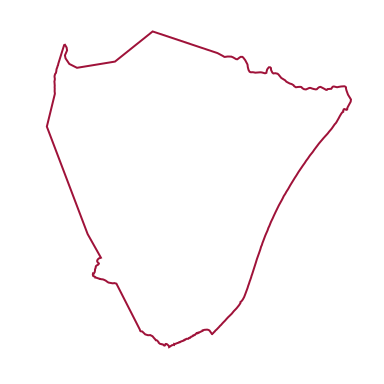 Santa María Colotepec, Oaxaca, Mexico (Albers equal-area conic projection), rotated 275°
{"feature_id": "50627088B92566493153794", "entity_name": "Santa María Colotepec", "entity_type": "district", "adm_level": 2, "iso_a3": "MEX", "parent_name": "Mexico", "parent_adm1": "Oaxaca", "projection": "albers", "projection_center": [-96.986, 15.853], "detail": "fine", "context": "isolated", "style": "outline", "palette": "rose", "viewbox_px": 384, "rotation_deg": 275, "n_neighbors": 0, "source": "geoboundaries", "source_scale": "gbopen_adm2", "svg_char_len": 5623}
<svg xmlns="http://www.w3.org/2000/svg" viewBox="0 0 384 384"><g transform="rotate(275 192 192)"><path d="M348.5,138.8L315.2,103.9L305.7,66.6L308.9,58.6L314.1,54.4L317.0,53.5L322.2,55.2L325.0,54.5L327.6,52.6L327.2,51.8L308.0,47.6L306.6,47.5L306.3,47.3L305.7,47.1L305.0,47.0L304.1,46.8L302.8,46.4L301.9,46.3L300.5,46.3L299.1,46.1L298.4,45.9L298.1,45.6L297.4,45.3L295.8,45.0L294.9,45.0L294.0,45.2L293.3,45.4L292.5,45.5L291.6,45.5L290.8,45.4L289.9,45.3L289.1,45.5L287.8,45.7L285.8,46.0L284.4,46.0L283.4,46.2L281.8,46.3L280.2,46.4L278.3,46.8L277.6,46.8L244.5,41.7L141.0,91.7L118.6,107.0L118.1,106.0L118.0,105.5L117.8,105.1L117.1,104.4L116.6,104.1L116.2,103.8L115.6,103.6L115.0,103.5L114.4,103.7L113.8,104.2L113.2,104.7L112.8,105.4L112.5,105.5L112.2,105.3L111.8,105.1L111.4,104.8L110.9,104.0L110.1,103.0L109.6,102.8L109.1,102.6L108.7,102.6L108.1,102.7L107.6,102.4L106.1,102.1L105.8,102.2L105.3,102.2L103.6,102.0L103.3,101.8L102.1,101.3L102.3,100.5L101.6,100.4L101.0,100.4L99.8,100.8L99.5,101.3L99.5,101.7L99.0,102.8L98.3,103.1L98.4,103.7L98.3,104.1L98.1,104.8L97.8,106.2L97.6,106.7L97.6,107.3L97.3,107.7L97.4,108.5L97.2,109.0L97.2,110.8L96.9,111.9L96.3,113.5L96.0,114.1L95.6,114.7L95.0,115.7L94.5,116.7L94.1,121.1L94.5,122.6L94.1,124.7L50.6,151.9L49.2,152.5L48.8,153.0L48.7,154.6L46.1,157.8L45.5,160.6L45.8,163.1L45.6,163.4L44.9,165.2L43.2,166.9L42.8,167.3L42.3,167.9L41.9,168.3L41.7,168.5L41.2,168.8L41.3,169.2L41.3,169.4L41.2,169.7L41.0,170.1L40.9,170.3L40.2,171.1L39.8,171.4L39.6,171.7L39.4,171.8L39.2,171.9L38.9,172.0L38.2,173.0L37.9,173.6L37.8,174.9L37.6,175.3L37.7,176.1L37.6,176.3L37.2,176.8L37.0,177.0L36.6,177.7L36.6,178.0L36.8,178.4L37.2,178.5L37.5,178.6L37.9,178.7L38.1,178.8L38.1,179.0L38.3,179.1L38.4,179.3L38.4,179.5L38.3,179.9L38.1,180.1L38.1,180.5L36.7,182.3L35.5,182.7L35.8,183.1L36.0,183.2L36.0,183.4L36.8,184.3L37.2,184.9L37.6,185.4L37.7,185.5L37.8,186.2L37.8,186.3L38.1,186.7L38.4,187.1L38.5,187.3L38.4,187.5L38.5,187.5L38.8,187.5L38.7,187.7L38.8,187.8L39.1,188.0L39.1,188.3L39.3,188.5L39.4,188.9L39.5,189.1L39.6,189.4L39.7,189.6L39.8,189.7L40.1,190.3L40.3,190.6L40.3,190.9L40.4,191.1L40.6,191.4L40.7,191.7L41.0,191.9L41.1,192.1L41.3,192.6L41.5,192.8L41.5,193.0L41.4,193.1L41.5,193.2L41.7,193.7L41.9,193.8L42.2,194.1L42.6,195.1L42.7,195.4L42.7,195.6L42.9,196.0L43.1,196.2L43.4,196.4L43.6,196.8L43.5,197.0L43.9,197.5L44.0,197.7L44.1,197.8L44.3,197.7L44.4,197.9L44.2,197.9L44.3,198.3L44.8,198.6L45.0,199.0L45.3,199.4L45.4,200.4L45.4,200.7L45.5,201.2L46.2,201.5L46.3,202.0L46.5,202.2L46.7,202.4L46.7,202.5L46.9,202.8L46.8,203.0L47.1,203.2L47.3,203.4L47.4,203.5L47.7,203.7L47.7,203.9L47.8,204.0L48.0,204.3L48.1,204.5L48.3,205.0L48.5,205.2L48.7,205.4L48.9,205.4L48.9,205.6L49.0,205.8L49.0,206.0L49.4,206.4L49.5,206.4L49.7,206.5L49.7,206.9L49.8,207.1L49.9,207.4L50.4,207.6L50.6,207.8L51.4,208.6L51.4,209.0L51.7,209.1L51.9,209.1L51.9,209.4L51.8,209.6L51.8,209.9L51.9,210.2L52.1,210.2L52.1,210.4L52.4,210.5L52.6,210.6L52.7,210.9L52.6,211.4L53.0,211.8L53.5,212.8L53.8,213.2L53.9,213.3L54.0,213.4L54.1,213.7L54.4,214.3L54.5,214.6L55.1,214.6L55.8,216.5L55.9,217.3L56.0,217.6L56.2,218.9L56.2,219.4L56.1,220.1L55.6,221.4L54.6,222.3L54.1,222.7L53.4,223.3L52.2,224.3L52.2,224.5L52.9,224.9L53.2,225.4L53.8,225.7L54.5,226.3L55.1,226.9L55.9,227.3L57.0,228.4L60.1,230.9L61.0,231.5L62.3,232.7L62.9,233.1L63.6,233.6L65.0,234.7L66.8,236.2L68.6,237.5L70.4,238.9L70.9,239.3L71.4,239.8L72.0,240.3L72.7,240.9L73.4,241.5L74.2,242.2L76.9,244.0L79.6,246.2L80.7,247.0L82.1,247.9L83.1,248.6L85.5,249.9L86.0,249.9L86.4,249.8L86.7,249.9L86.8,250.1L87.3,250.6L88.2,251.3L89.6,252.1L91.9,253.1L95.0,254.0L99.4,255.2L101.2,255.7L103.6,256.2L105.4,256.7L108.1,257.3L109.1,257.6L112.3,258.4L113.6,258.6L115.0,259.0L126.5,261.6L130.8,262.5L137.7,264.3L140.9,265.1L143.6,265.6L145.2,266.2L147.2,266.6L149.6,267.3L155.0,268.8L157.7,269.7L160.3,270.6L162.8,271.2L164.9,272.0L169.2,273.3L173.1,274.8L175.2,275.5L179.8,277.2L186.3,279.7L191.9,282.2L194.1,283.1L195.8,283.7L198.6,285.2L200.5,286.0L203.1,287.4L207.5,289.4L215.3,293.3L217.1,294.3L219.7,295.6L221.5,296.5L228.1,300.2L230.6,301.7L233.1,303.0L235.3,304.4L238.7,306.3L242.4,308.8L244.9,310.2L251.3,314.2L253.3,315.6L257.4,318.5L262.1,322.1L264.0,323.3L266.1,324.8L267.4,325.7L271.8,328.2L273.2,329.3L274.1,329.8L278.7,331.9L280.2,332.5L283.1,333.9L284.5,334.8L284.8,335.4L285.1,335.7L286.4,335.5L286.8,335.7L287.1,336.0L287.6,336.0L287.9,336.5L287.8,337.1L287.5,338.0L287.6,338.3L287.4,338.5L287.6,338.9L287.5,339.1L287.8,339.4L288.1,339.4L288.4,339.2L288.8,339.4L289.8,339.6L291.7,340.4L295.8,342.2L298.0,342.3L302.6,338.9L306.7,337.0L308.8,336.3L309.6,336.3L310.0,336.0L310.4,335.3L310.6,334.5L310.1,331.3L309.5,329.0L309.0,327.4L309.5,324.1L309.1,323.0L308.4,322.5L307.0,321.8L306.3,318.0L305.6,317.6L305.4,316.8L306.5,314.4L307.7,311.5L307.9,310.6L307.4,309.4L306.6,308.5L305.3,307.4L305.0,306.4L305.2,304.4L305.5,302.8L306.0,301.0L305.9,299.8L304.1,296.6L304.2,294.6L305.1,292.8L305.7,292.3L306.1,291.7L306.2,290.7L305.9,288.6L305.4,286.4L306.3,284.6L307.2,283.9L308.2,281.9L308.6,279.9L310.1,276.4L311.4,275.0L313.4,271.0L316.6,267.9L317.3,266.9L317.6,264.6L317.2,262.7L318.0,261.6L320.3,260.2L322.4,259.8L323.0,259.1L323.0,257.8L321.7,256.8L320.6,256.2L318.5,255.8L317.2,255.7L316.6,254.4L317.2,251.1L317.2,249.5L316.5,245.4L316.4,244.5L316.6,243.0L316.6,241.8L316.4,240.1L316.8,238.9L318.5,237.7L321.3,236.7L323.7,236.2L324.3,235.9L328.0,233.5L330.4,231.3L331.0,230.4L330.9,228.8L330.2,227.8L328.2,225.6L328.2,224.4L329.7,221.2L330.3,219.3L330.2,217.7L330.0,215.4L329.4,212.8L329.5,212.3L330.3,210.7L332.6,205.3L348.5,138.8Z" fill="none" stroke="#9f1239" stroke-width="2"/></g></svg>